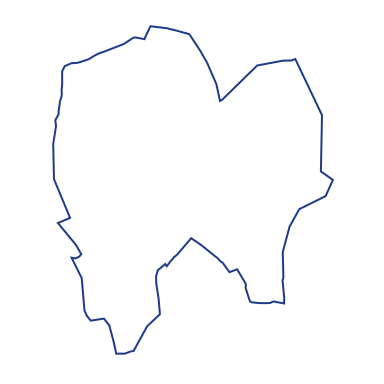 Gwandu, Kebbi, Nigeria, rotated 2°
{"feature_id": "59680162B64610537243626", "entity_name": "Gwandu", "entity_type": "district", "adm_level": 2, "iso_a3": "NGA", "parent_name": "Nigeria", "parent_adm1": "Kebbi", "projection": "natural_earth1", "projection_center": [4.613, 12.485], "detail": "fine", "context": "isolated", "style": "outline", "palette": "blue", "viewbox_px": 384, "rotation_deg": 2, "n_neighbors": 0, "source": "geoboundaries", "source_scale": "gbopen_adm2", "svg_char_len": 1590}
<svg xmlns="http://www.w3.org/2000/svg" viewBox="0 0 384 384"><g transform="rotate(2 192 192)"><path d="M74.0,261.9L84.8,282.0L88.7,314.4L91.6,319.9L95.3,324.1L108.4,321.6L114.0,328.2L119.1,345.0L121.9,356.2L130.5,355.9L136.6,353.4L139.2,352.9L151.9,327.7L164.2,315.3L162.4,300.1L159.5,285.0L159.0,277.6L160.6,271.3L163.2,269.1L166.7,265.9L167.7,264.9L169.4,267.1L173.0,261.9L174.8,259.8L175.7,258.7L176.0,257.9L179.1,255.4L192.8,238.2L203.2,244.8L211.3,250.9L213.2,252.5L214.6,253.3L215.9,254.3L216.5,254.9L217.7,255.7L219.3,256.7L220.3,257.6L222.4,259.9L224.1,261.1L225.2,261.7L232.2,270.8L234.9,269.7L239.8,267.7L246.4,277.9L247.6,279.8L248.9,282.1L249.1,283.6L249.1,283.9L248.9,285.9L251.7,293.8L252.3,295.4L253.7,299.1L255.1,299.9L255.7,300.2L255.8,300.2L263.5,300.7L271.7,300.4L274.2,300.1L277.1,298.5L287.9,300.2L287.9,295.0L287.2,289.8L285.6,277.2L286.3,274.2L284.8,248.9L288.0,234.9L290.7,223.3L291.5,221.7L299.8,205.4L309.2,200.3L325.7,191.4L332.4,175.0L320.1,167.0L319.4,121.0L319.2,110.6L318.1,108.5L290.6,55.5L286.8,57.1L278.1,57.6L270.6,59.3L252.7,63.3L218.9,98.8L216.8,100.0L212.6,83.4L202.5,62.1L194.8,49.8L183.8,34.4L171.6,31.4L161.2,29.2L144.7,27.8L140.2,38.1L139.2,40.9L130.1,39.5L128.1,39.8L118.8,46.4L109.5,50.4L100.0,54.5L94.1,56.8L90.0,59.0L84.2,62.9L73.5,66.8L67.0,67.5L60.4,70.7L58.0,76.0L58.5,88.6L58.1,94.9L58.4,96.9L58.4,100.6L56.9,105.8L56.3,112.5L55.8,116.0L56.0,118.9L52.9,125.0L53.8,130.9L52.3,143.3L51.6,148.8L53.6,183.9L71.0,222.1L59.1,227.7L77.8,248.8L83.5,258.0L81.5,260.6L77.7,262.4L74.0,261.9Z" fill="none" stroke="#1e3a8a" stroke-width="2"/></g></svg>